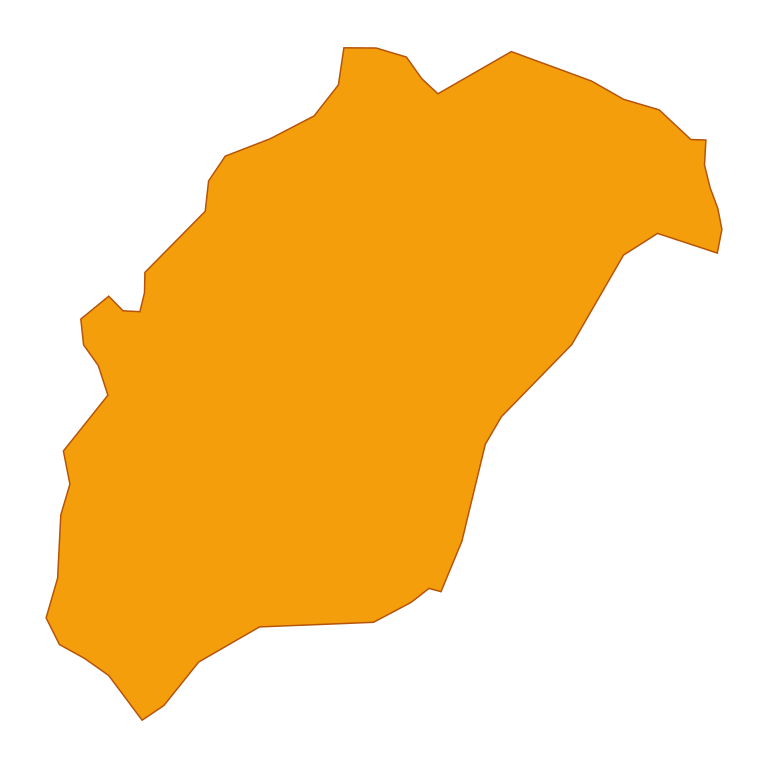 SVG path tracing the border of Rutana
{"feature_id": "BDI-2634", "entity_name": "Rutana", "entity_type": "Province", "adm_level": 1, "iso_a3": "BDI", "parent_name": "Burundi", "parent_adm1": "", "projection": "orthographic", "projection_center": [30.114, -3.886], "detail": "fine", "context": "isolated", "style": "filled", "palette": "amber", "viewbox_px": 768, "rotation_deg": 0, "n_neighbors": 0, "source": "natural_earth", "source_scale": "10m", "svg_char_len": 785}
<svg xmlns="http://www.w3.org/2000/svg" viewBox="0 0 768 768"><path d="M705.9,140.0L704.5,165.0L710.1,187.7L717.8,208.4L721.9,229.4L717.3,253.1L657.5,233.4L623.5,255.1L571.9,344.4L501.4,416.7L485.3,444.3L461.9,541.2L441.0,591.7L440.4,591.5L429.0,588.4L411.2,602.3L373.5,622.3L259.5,626.9L198.7,662.0L163.9,705.5L142.1,720.2L108.7,675.5L84.5,658.4L59.5,644.6L46.1,617.9L57.6,578.2L60.8,515.0L69.9,484.2L63.4,451.0L107.9,395.2L98.3,365.6L83.6,344.9L80.8,319.1L108.7,296.2L123.0,310.8L139.9,311.7L144.5,292.7L144.9,272.4L205.2,211.3L208.6,180.9L225.3,156.1L270.0,138.8L314.1,115.9L338.4,84.9L343.9,47.8L376.1,48.0L406.4,57.1L421.8,78.7L437.9,93.8L511.3,51.6L591.6,81.1L623.5,99.3L659.2,109.9L690.8,139.5L705.2,140.0L705.9,140.0Z" fill="#f59e0b" stroke="#b45309" stroke-width="1.5"/></svg>